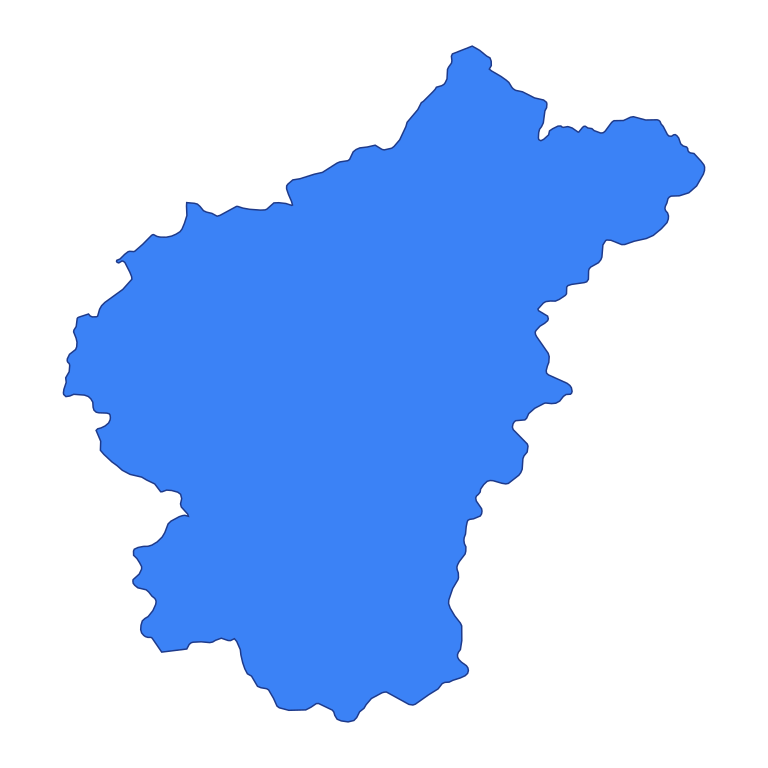 Ha Lang, Cao Bằng, Vietnam
{"feature_id": "81297802B75623207701482", "entity_name": "Ha Lang", "entity_type": "district", "adm_level": 2, "iso_a3": "VNM", "parent_name": "Vietnam", "parent_adm1": "Cao Bằng", "projection": "mercator", "projection_center": [106.692, 22.709], "detail": "fine", "context": "isolated", "style": "filled", "palette": "blue", "viewbox_px": 768, "rotation_deg": 0, "n_neighbors": 0, "source": "geoboundaries", "source_scale": "gbopen_adm2", "svg_char_len": 6050}
<svg xmlns="http://www.w3.org/2000/svg" viewBox="0 0 768 768"><path d="M186.8,649.0L189.2,644.4L191.3,642.7L193.1,642.2L201.1,641.8L209.8,642.6L212.7,642.0L215.5,640.3L221.3,638.2L228.1,640.5L230.5,640.6L234.4,638.7L236.7,641.4L240.3,649.6L240.9,654.9L242.7,662.7L244.8,668.8L247.4,673.8L251.5,676.1L257.5,686.3L260.8,687.7L266.6,688.7L268.6,689.9L273.5,698.3L277.0,706.1L279.3,707.8L288.8,710.3L305.8,709.9L311.0,707.2L316.3,703.6L318.6,703.5L332.3,710.1L333.8,712.0L334.8,715.4L337.1,719.2L341.2,720.9L348.1,721.9L353.9,720.5L356.7,717.6L359.6,711.8L364.0,708.3L366.1,704.7L371.4,698.5L382.0,692.8L384.1,692.2L386.4,692.0L408.9,704.4L412.9,705.0L415.3,704.2L428.6,694.8L438.1,688.9L442.2,683.6L444.8,682.4L449.2,682.1L452.9,680.3L460.4,677.9L465.2,675.7L467.6,673.4L468.4,670.6L467.9,667.9L466.4,665.7L461.5,662.2L458.9,659.6L457.6,657.1L457.5,654.6L458.5,652.1L460.4,649.6L461.8,640.6L461.7,625.9L460.4,623.1L454.7,615.8L450.2,608.2L448.6,603.6L448.8,600.0L452.7,588.5L458.0,579.6L458.5,577.6L458.3,573.0L457.1,569.5L456.9,567.0L457.6,564.8L459.2,561.7L465.1,554.0L465.8,551.1L465.9,546.8L464.4,543.7L463.9,540.3L464.2,537.6L465.5,534.1L466.2,526.7L467.1,522.3L467.8,520.4L469.6,519.4L473.6,518.8L480.3,516.0L481.6,513.8L482.0,511.1L481.6,508.7L476.3,501.0L475.7,497.9L476.5,496.0L478.4,494.3L480.2,492.0L480.6,489.1L483.7,484.6L487.2,481.3L490.1,480.5L493.1,480.7L502.0,483.3L505.8,483.9L508.4,483.4L518.9,475.2L520.8,472.6L522.2,469.2L522.9,458.7L524.0,455.9L527.2,452.0L528.0,446.2L527.3,444.0L513.2,429.6L512.4,427.1L513.0,424.0L514.1,422.1L515.6,420.7L524.9,419.9L526.6,418.3L528.7,413.6L534.7,408.3L544.3,403.3L545.7,403.0L551.5,403.6L555.8,403.2L559.7,401.1L563.4,396.4L566.1,394.5L570.5,394.2L571.6,393.1L572.1,391.3L571.4,387.7L569.9,385.5L567.1,383.3L548.5,374.9L546.6,373.2L546.2,370.7L547.4,366.0L548.8,362.4L549.2,356.7L548.2,353.3L536.6,336.6L535.5,334.4L535.2,332.1L536.0,330.5L539.9,326.2L544.9,323.1L547.7,320.6L548.3,318.8L547.6,316.1L538.6,310.7L537.9,309.1L543.3,303.1L545.8,301.6L550.4,301.0L555.4,301.1L559.3,299.4L565.4,295.3L566.5,293.8L566.7,287.1L567.9,285.6L571.7,284.4L584.3,282.6L586.7,281.8L588.4,279.3L588.6,270.7L589.2,268.8L590.8,267.0L598.5,262.7L600.9,259.7L601.9,257.1L602.9,245.0L605.7,240.5L606.9,240.0L611.0,240.3L621.7,244.6L624.8,244.5L633.9,241.3L646.4,238.5L653.3,235.4L661.4,228.7L667.0,222.6L668.3,219.0L668.5,216.0L667.6,213.0L665.5,210.5L664.9,208.3L665.4,206.1L666.9,203.0L668.0,198.6L669.4,197.0L671.2,196.1L679.4,195.8L688.8,192.8L696.6,186.0L703.4,174.1L704.5,170.5L704.6,167.1L703.9,164.9L700.8,160.9L694.0,153.5L690.3,152.9L688.9,152.0L687.9,150.6L687.7,148.5L686.6,147.0L683.2,146.0L680.7,143.8L678.7,138.0L676.8,135.6L675.2,134.6L673.7,134.8L671.4,136.3L668.9,136.0L667.4,134.5L663.2,126.4L661.1,124.0L660.0,121.4L658.7,120.3L657.1,119.8L645.7,120.0L633.4,116.7L630.5,117.2L623.5,120.5L614.0,120.7L612.4,121.7L611.1,123.1L605.2,131.1L603.4,132.6L602.2,132.9L600.6,133.0L594.1,130.6L591.9,128.6L587.9,128.0L585.4,126.3L584.0,126.3L582.6,127.3L578.7,132.1L578.1,132.1L572.2,128.0L569.0,126.9L567.7,126.6L563.3,127.4L562.0,127.0L560.9,126.0L558.0,126.1L552.7,128.7L549.5,130.9L548.6,134.9L543.7,139.3L540.9,140.7L539.7,140.2L538.7,139.5L538.4,137.6L538.7,132.6L539.6,129.2L541.5,126.7L543.3,122.9L544.9,110.9L546.6,107.7L546.9,104.0L546.5,102.3L543.6,100.0L534.5,97.9L522.5,91.8L515.5,90.3L513.2,88.8L511.9,87.4L508.9,82.5L506.3,80.2L501.1,76.5L491.5,70.9L489.3,69.1L491.3,65.6L491.2,61.2L490.0,57.9L486.7,56.1L479.6,50.3L472.2,46.1L452.4,53.9L451.4,56.2L451.9,60.7L451.5,63.1L448.6,67.1L447.5,69.4L447.0,78.9L445.2,82.7L444.0,84.3L441.7,85.7L436.4,87.2L435.1,89.4L432.9,91.8L423.4,101.3L421.3,102.7L417.8,109.6L407.1,122.3L405.9,126.6L399.7,139.8L394.0,146.5L391.7,148.2L384.2,149.9L382.0,149.4L375.2,145.2L367.3,147.0L359.8,147.9L356.1,149.5L353.2,151.8L349.6,159.4L347.8,160.7L339.9,161.9L337.0,163.1L322.4,172.4L314.3,174.2L299.7,178.8L292.8,179.9L287.9,184.1L286.7,185.8L286.6,187.1L286.6,188.9L288.4,194.2L291.5,201.4L292.5,205.0L291.8,205.4L285.9,203.5L278.8,202.7L273.9,202.9L266.8,209.2L265.0,209.9L260.5,210.1L249.7,209.3L242.9,208.1L237.7,206.4L236.5,206.4L220.1,215.3L217.1,216.2L212.0,213.4L206.5,212.1L203.5,210.7L200.0,206.4L197.4,204.1L194.4,203.3L186.7,202.6L186.5,206.1L186.9,215.5L184.4,223.4L182.0,229.1L180.0,231.7L176.0,234.2L171.6,236.1L166.3,237.2L160.1,237.1L157.0,236.4L153.6,234.6L152.7,234.7L151.6,235.3L142.7,244.3L134.8,251.2L133.8,251.6L129.7,251.3L128.1,251.7L124.6,254.4L120.0,259.0L116.8,260.3L116.5,261.3L116.8,261.9L117.2,262.4L118.8,262.9L122.0,261.0L123.3,261.3L124.9,262.5L129.9,272.3L131.6,276.6L131.9,279.2L122.8,289.4L104.9,302.4L101.6,305.7L99.6,309.2L97.6,316.2L96.5,316.8L92.3,316.9L90.2,316.0L88.5,314.0L79.0,317.1L77.8,317.7L77.2,318.5L76.2,326.5L73.9,330.1L73.6,331.9L76.1,338.2L77.0,342.2L76.7,346.8L75.6,349.5L69.5,354.3L67.3,358.9L67.2,360.8L67.7,362.1L69.3,363.7L69.7,365.5L69.2,371.7L65.7,377.8L66.2,382.4L63.9,389.3L63.4,392.9L63.7,394.5L65.9,396.6L69.8,396.0L73.8,394.3L84.4,395.1L88.3,396.5L90.8,398.8L92.8,402.2L93.1,407.3L94.0,410.2L96.2,412.2L98.8,412.8L106.9,413.1L109.4,413.9L110.1,415.2L110.4,417.8L110.1,419.9L108.6,423.0L105.2,425.9L101.1,427.9L97.7,428.8L96.1,430.4L100.7,441.2L100.4,450.3L103.9,454.4L112.0,462.0L117.0,465.6L122.3,470.3L130.1,474.4L141.7,477.1L146.6,480.0L154.7,483.9L160.7,491.8L162.3,491.7L166.6,490.1L171.7,490.5L177.8,492.2L180.6,494.3L181.7,498.6L180.5,503.9L181.3,507.0L187.7,514.1L188.4,516.3L184.8,515.3L182.6,515.6L179.2,516.7L171.0,521.1L168.1,523.9L164.8,532.6L162.2,537.0L157.2,541.9L151.9,545.1L148.0,546.3L143.4,546.4L138.0,547.5L134.3,549.2L133.5,551.1L133.6,555.3L136.9,558.5L139.7,562.9L141.6,566.6L141.6,569.1L139.2,574.1L133.1,579.6L132.9,581.1L133.2,583.3L134.8,585.4L137.8,587.8L146.2,589.8L148.7,592.0L151.9,596.1L154.8,598.4L155.8,600.2L156.1,601.8L155.7,604.4L152.9,610.6L148.1,616.6L144.9,618.5L142.3,620.9L141.0,625.3L140.7,629.7L141.6,632.9L143.7,635.4L145.4,636.6L147.9,637.4L151.0,637.4L152.1,638.1L161.7,652.1L186.8,649.0Z" fill="#3b82f6" stroke="#1e3a8a" stroke-width="1.5"/></svg>